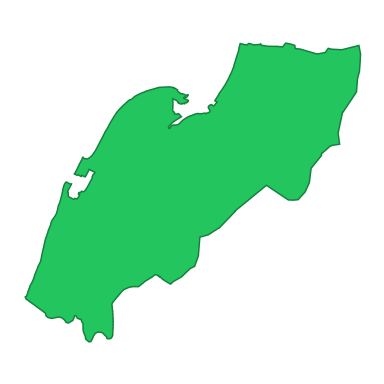 Kota Lhokseumawe, Aceh, Indonesia (orthographic projection), rotated 273°
{"feature_id": "22746128B88010078110453", "entity_name": "Kota Lhokseumawe", "entity_type": "district", "adm_level": 2, "iso_a3": "IDN", "parent_name": "Indonesia", "parent_adm1": "Aceh", "projection": "orthographic", "projection_center": [97.116, 5.162], "detail": "fine", "context": "isolated", "style": "filled", "palette": "green", "viewbox_px": 384, "rotation_deg": 273, "n_neighbors": 0, "source": "geoboundaries", "source_scale": "gbopen_adm2", "svg_char_len": 5709}
<svg xmlns="http://www.w3.org/2000/svg" viewBox="0 0 384 384"><g transform="rotate(273 192 192)"><path d="M342.8,232.4L341.3,232.0L338.3,231.4L336.8,231.3L334.6,230.9L331.9,230.1L331.1,230.0L329.5,229.5L324.8,228.4L322.9,227.8L319.1,227.0L313.8,225.3L310.2,223.7L308.2,223.0L304.1,221.1L301.4,219.8L298.5,218.1L296.0,216.7L292.2,214.2L290.3,213.4L288.9,212.6L285.5,210.7L284.7,210.0L284.3,210.2L284.0,210.8L283.6,211.1L283.6,211.5L283.4,212.1L282.9,212.4L281.8,211.3L279.7,209.8L279.4,209.5L279.2,209.3L279.2,209.0L279.3,208.4L280.2,207.2L280.3,206.9L280.3,206.6L280.1,206.1L279.2,204.7L278.4,204.0L277.5,203.8L277.0,203.9L276.2,204.4L275.5,204.9L274.7,205.6L274.3,205.8L272.9,205.4L272.6,205.0L272.0,203.9L271.0,201.6L271.5,201.2L271.2,199.4L270.7,197.6L270.6,196.0L270.7,193.6L270.1,191.2L269.3,189.7L267.4,185.2L266.9,184.2L265.7,182.4L263.5,179.4L261.5,177.4L260.1,176.2L259.0,174.9L258.3,173.8L258.2,173.2L258.0,172.3L258.0,170.3L258.0,170.1L257.7,169.0L257.3,168.4L256.8,167.9L254.3,166.3L254.3,165.6L254.5,165.4L255.1,165.1L256.1,165.4L257.6,166.4L259.6,168.2L260.6,169.2L262.1,171.0L266.6,177.5L268.1,176.0L269.5,174.5L269.5,173.7L269.1,173.1L268.9,172.7L269.2,170.5L269.8,170.3L270.3,170.4L271.0,169.8L271.8,168.8L272.7,168.4L278.3,168.4L282.3,168.1L284.1,168.0L282.5,172.0L280.8,173.6L280.5,173.4L279.9,174.1L279.4,175.7L279.3,176.4L279.3,177.1L279.5,177.6L280.1,178.2L279.6,179.6L279.8,180.1L280.3,180.1L280.8,180.6L280.8,181.0L280.7,181.7L280.8,181.9L281.2,182.4L281.9,182.6L282.0,182.8L281.9,183.2L282.0,183.3L282.9,183.7L283.2,183.5L283.4,183.3L285.2,178.9L285.4,178.8L285.6,178.9L286.2,179.3L286.4,179.5L286.2,180.2L286.1,180.5L286.3,181.5L286.4,181.8L286.8,182.0L288.0,182.5L287.9,182.9L288.0,183.0L288.8,183.1L289.0,182.6L288.5,181.9L288.4,181.6L288.4,180.9L288.9,179.7L289.6,177.5L289.7,175.9L290.1,175.2L290.3,174.4L290.5,174.2L290.8,174.0L291.0,173.8L291.0,173.3L291.2,173.1L292.5,172.1L292.8,172.0L293.1,172.2L293.4,171.9L294.5,169.9L294.7,168.3L295.0,168.0L295.3,168.2L295.6,166.1L295.8,163.9L295.7,162.6L294.8,153.9L294.1,151.7L293.2,149.2L290.9,142.5L290.5,141.4L288.9,138.1L288.3,136.6L286.3,132.8L284.9,130.6L283.8,129.1L283.5,129.0L283.3,128.9L281.2,126.3L280.9,125.7L280.8,125.0L280.4,124.4L279.5,123.4L277.8,121.8L275.4,119.3L270.6,115.0L269.7,114.3L267.6,112.7L264.0,110.6L259.4,108.1L256.3,106.5L253.2,105.1L249.8,103.4L247.7,102.2L243.6,100.4L241.3,99.4L236.8,97.3L231.0,94.7L228.2,93.4L225.6,91.7L224.5,91.1L223.2,90.3L222.7,89.8L222.2,89.2L221.1,88.2L219.9,86.4L219.7,86.0L219.5,84.3L219.7,83.6L219.8,82.8L220.2,81.9L221.1,81.4L221.0,81.2L220.3,80.9L219.7,80.5L218.8,80.5L217.1,79.5L216.1,79.3L215.3,78.7L214.3,78.2L213.3,77.9L211.1,76.9L208.0,75.7L206.5,74.9L205.1,74.3L204.1,73.5L203.9,73.5L202.8,75.9L202.8,76.5L203.1,77.3L203.0,77.7L202.7,78.5L201.7,80.2L201.7,80.5L202.8,81.1L201.5,84.4L201.5,84.6L201.7,84.8L207.8,87.6L209.2,88.1L206.6,93.9L206.4,94.0L206.0,93.8L205.5,93.6L204.2,92.3L203.7,92.1L202.2,91.6L201.0,91.5L200.0,91.3L199.4,91.1L198.0,90.3L193.0,88.0L189.6,86.2L188.3,85.4L187.1,84.6L186.7,84.0L186.6,83.6L186.6,83.2L187.0,81.9L187.0,81.7L186.9,81.5L185.6,80.7L185.4,80.5L185.4,80.3L185.7,79.4L185.6,79.2L185.1,78.9L184.6,78.8L183.9,78.7L183.8,78.8L183.6,79.0L183.7,79.7L183.6,79.8L183.3,79.9L180.9,78.8L179.1,77.7L179.0,77.2L179.5,75.8L179.5,75.5L179.5,75.3L178.6,74.6L178.5,74.4L178.5,74.2L180.8,69.2L181.1,68.8L181.3,68.7L185.0,68.4L185.3,68.3L185.4,67.9L185.5,67.7L186.1,67.8L187.3,68.3L193.0,71.0L193.8,71.2L193.7,69.7L193.9,69.2L195.1,66.8L195.3,66.3L195.4,66.0L195.3,65.7L194.9,65.3L194.1,64.8L193.0,64.2L191.5,63.7L188.9,63.1L182.1,62.1L176.9,61.0L174.6,60.5L171.5,59.3L168.7,58.8L166.4,58.5L163.2,57.6L162.4,57.3L161.4,56.8L155.8,53.4L153.3,52.7L152.3,52.7L152.0,52.6L148.9,51.5L146.7,50.8L145.5,50.3L144.3,50.3L142.7,49.6L141.2,49.4L139.3,48.7L136.7,48.0L132.9,47.3L130.6,47.0L123.6,45.7L115.3,44.5L114.5,44.3L110.3,42.5L109.5,42.1L106.3,41.2L101.4,39.4L97.9,38.6L94.2,37.3L92.5,36.5L89.6,35.1L88.4,34.9L87.5,34.5L84.9,33.8L84.1,33.4L82.5,33.3L81.9,33.1L81.1,32.7L80.0,32.4L79.7,32.3L79.2,31.9L78.4,30.9L76.6,32.0L76.5,31.9L63.4,51.9L60.6,52.8L59.1,54.8L58.4,58.2L60.2,65.8L59.6,68.7L57.4,71.5L55.1,73.2L54.7,75.5L57.5,79.7L59.9,80.7L62.2,81.1L62.6,82.1L61.8,83.0L59.9,84.1L59.7,85.2L59.3,85.8L58.8,87.9L56.4,88.9L54.7,90.1L52.3,90.2L49.7,90.3L46.7,90.9L44.3,92.0L42.5,93.0L41.3,93.1L39.6,93.5L38.1,95.3L36.9,97.1L37.4,98.9L40.0,100.1L43.4,101.4L45.8,102.9L47.2,105.3L47.1,108.2L46.6,110.3L44.8,111.9L43.0,114.2L41.7,114.5L41.0,115.2L41.1,117.7L42.2,119.3L44.5,120.3L49.3,120.2L52.2,120.4L53.5,120.1L55.5,120.3L57.4,119.9L58.7,120.2L59.6,119.9L61.3,119.9L64.2,119.4L65.7,119.5L67.3,119.1L68.6,119.1L72.0,118.4L73.8,118.3L75.1,117.9L76.1,118.0L78.2,119.0L88.9,127.1L91.0,129.1L93.5,134.1L94.4,137.9L94.7,143.6L100.4,149.9L105.6,157.4L107.2,158.9L107.5,161.1L105.5,163.9L106.0,164.1L103.5,167.0L100.7,171.7L98.9,175.5L101.4,177.8L106.8,186.1L115.3,194.0L117.9,198.5L128.5,201.7L147.2,202.2L147.2,201.8L150.1,210.5L157.4,220.6L157.4,221.0L175.0,236.2L175.2,235.9L202.6,266.0L189.1,288.6L189.2,293.9L189.9,298.4L198.0,305.0L207.5,308.7L221.9,309.7L235.2,319.4L236.8,319.2L244.7,327.2L246.1,330.2L247.4,336.9L258.4,334.8L279.6,338.2L279.5,338.5L286.1,342.5L300.5,351.0L314.1,351.4L321.1,352.9L330.3,353.1L338.5,353.1L347.1,351.0L343.5,339.4L341.9,334.1L341.9,324.0L342.6,320.5L338.3,317.8L336.4,310.1L336.7,307.7L336.8,307.7L340.5,292.2L340.4,292.1L340.6,287.6L343.8,287.0L345.0,282.3L345.0,282.2L345.6,277.7L341.6,274.9L341.9,269.5L341.5,260.6L341.7,257.9L342.2,253.6L343.5,252.8L343.0,252.4L342.1,245.7L343.1,242.7L343.3,240.9L343.1,240.5L342.1,239.7L341.8,239.2L341.9,236.8L342.8,232.4Z" fill="#22c55e" stroke="#15803d" stroke-width="1.5"/></g></svg>